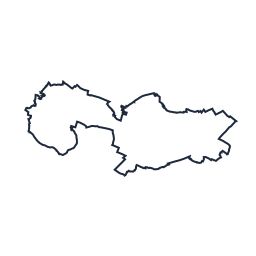 Salatig, Salaj, Romania (Natural Earth projection), rotated 199°
{"feature_id": "2599482B1311445959804", "entity_name": "Salatig", "entity_type": "district", "adm_level": 2, "iso_a3": "ROU", "parent_name": "Romania", "parent_adm1": "Salaj", "projection": "natural_earth1", "projection_center": [23.157, 47.358], "detail": "fine", "context": "isolated", "style": "outline", "palette": "slate", "viewbox_px": 256, "rotation_deg": 199, "n_neighbors": 0, "source": "geoboundaries", "source_scale": "gbopen_adm2", "svg_char_len": 5890}
<svg xmlns="http://www.w3.org/2000/svg" viewBox="0 0 256 256"><g transform="rotate(199 128 128)"><path d="M37.9,171.8L43.9,175.1L45.5,173.2L49.5,169.2L50.6,170.3L50.8,170.3L50.9,170.6L51.2,170.9L52.6,171.8L53.9,173.0L54.5,173.7L57.5,171.1L60.1,168.4L62.3,170.0L63.5,166.5L64.9,167.6L65.3,167.0L66.2,166.2L66.5,166.7L67.3,167.0L68.3,166.3L69.3,165.3L70.9,164.9L75.2,164.7L76.4,164.9L76.9,165.2L78.5,164.8L78.9,164.9L79.0,164.4L78.7,164.0L77.8,162.3L79.2,162.1L79.8,161.6L80.5,161.4L80.5,160.7L84.1,159.8L85.8,158.8L86.7,158.6L86.8,158.4L87.4,158.1L88.6,158.2L89.4,157.8L91.6,157.6L93.7,157.1L96.8,157.2L97.7,157.5L97.8,157.9L99.2,158.7L100.0,158.5L101.4,159.3L102.4,160.1L102.4,160.3L102.0,160.6L101.2,160.7L101.4,160.9L103.0,161.9L103.4,161.9L103.4,162.2L104.1,162.5L106.7,163.1L108.0,167.5L108.3,167.8L109.9,168.2L111.7,169.3L112.2,167.4L112.7,167.3L112.8,167.7L113.4,167.5L114.2,168.4L113.7,168.6L113.9,169.3L114.8,169.4L122.7,164.4L124.2,163.3L125.5,162.1L129.3,157.3L129.8,156.8L131.1,154.7L130.8,154.4L131.4,154.3L132.8,152.2L133.8,151.2L135.3,149.0L135.5,148.3L136.7,148.3L136.7,147.8L136.8,147.7L137.0,146.7L136.9,146.3L137.6,146.1L139.1,146.8L140.2,146.7L141.0,146.9L141.5,146.4L141.4,146.1L140.9,145.6L140.6,145.6L140.2,145.9L140.3,146.3L138.9,145.4L139.1,145.2L139.6,145.1L139.6,144.6L138.7,144.8L138.6,144.6L138.6,144.3L139.6,144.2L139.6,143.0L139.0,143.0L138.9,143.9L138.7,144.1L138.9,142.8L138.4,142.8L137.9,143.0L137.9,143.4L137.2,142.2L137.9,142.0L138.0,141.2L136.6,141.5L136.2,142.0L134.3,142.1L134.2,140.0L136.9,139.8L137.3,139.3L137.6,139.3L137.6,138.1L137.7,137.2L137.4,135.0L137.3,132.5L140.3,132.8L140.9,132.7L141.5,132.8L144.1,134.2L144.1,134.9L144.3,135.0L144.2,135.4L145.0,135.4L145.9,134.9L146.1,135.3L145.9,135.4L146.3,136.1L145.6,137.0L146.1,137.9L147.0,138.9L147.2,139.0L147.6,138.9L148.7,139.6L148.6,139.9L148.8,140.1L150.3,140.7L151.1,141.2L152.5,141.7L154.9,143.4L155.3,144.1L155.6,144.1L155.2,145.5L154.2,146.8L165.2,147.5L173.9,147.0L174.2,146.5L177.0,146.4L177.6,148.4L177.7,150.1L182.2,149.8L186.1,150.2L188.8,151.6L190.2,152.1L191.1,149.9L192.1,150.1L193.4,147.3L194.2,147.3L199.7,149.2L201.5,149.6L203.3,149.5L203.3,150.3L204.4,150.7L203.9,147.8L205.0,147.5L205.3,147.2L205.3,146.9L205.5,146.8L207.1,146.7L207.6,146.4L208.2,146.4L209.9,145.3L211.4,145.3L212.7,144.6L214.7,142.9L215.8,143.5L216.5,144.5L217.8,145.2L218.2,143.3L218.2,143.0L218.1,142.8L218.2,142.2L218.4,141.8L218.9,141.7L219.3,140.6L219.0,140.3L219.6,139.4L219.8,138.5L220.4,137.6L220.7,136.4L221.1,135.5L221.2,135.0L221.5,134.8L221.3,134.2L221.5,133.5L221.9,133.2L222.3,133.2L222.1,132.9L222.0,132.5L220.6,132.4L219.2,132.7L219.1,132.3L218.4,132.3L218.3,131.8L217.3,131.8L217.3,131.5L217.5,131.1L218.5,131.0L218.7,130.6L219.0,130.5L218.6,130.4L218.8,130.0L219.6,129.2L219.9,128.4L219.9,127.8L219.6,127.4L220.4,126.8L220.8,126.7L221.5,126.9L221.0,127.4L221.2,127.9L221.8,128.1L221.5,128.1L221.8,128.5L223.2,128.9L223.4,129.4L224.1,129.5L225.7,129.2L226.1,129.2L225.0,125.2L225.2,123.8L225.5,123.3L225.2,122.8L224.5,122.6L224.2,121.2L223.3,121.0L222.9,120.2L222.8,119.2L223.1,119.3L223.6,118.5L224.7,118.8L225.0,118.3L226.5,117.0L226.5,116.3L226.7,115.7L227.9,114.6L229.2,114.0L229.8,114.3L230.6,113.8L230.9,111.6L227.4,110.6L227.2,109.2L226.9,107.9L225.1,107.8L223.7,108.0L223.5,107.6L223.6,107.0L223.4,106.2L223.6,105.6L224.1,105.3L224.1,104.6L224.2,104.3L225.0,104.0L222.4,100.5L222.8,100.1L222.7,99.2L222.6,98.8L222.1,98.2L221.9,97.4L221.9,96.8L221.4,95.8L220.9,92.4L220.3,92.4L220.2,92.6L219.6,92.4L219.5,92.0L219.2,92.2L218.6,92.0L217.2,91.4L216.4,91.2L215.0,90.3L214.2,89.4L210.3,86.8L208.6,85.8L207.6,85.5L206.7,85.0L204.8,84.7L203.7,84.3L201.7,84.5L199.8,84.4L197.9,84.0L195.3,84.3L193.6,85.1L191.9,85.2L188.3,83.7L188.3,83.3L186.7,82.7L185.9,81.9L185.3,81.8L184.6,80.9L184.2,80.9L183.7,81.3L180.7,81.3L178.2,84.1L177.8,85.0L177.7,86.4L177.5,86.9L177.4,87.6L175.8,88.7L172.7,91.7L171.4,96.6L171.5,97.6L171.8,98.4L172.8,100.8L173.4,101.7L174.5,104.3L176.5,105.8L177.3,106.7L177.7,107.3L179.4,108.0L180.7,107.5L181.5,108.5L181.4,109.2L181.1,109.2L181.1,109.7L180.7,109.7L180.7,110.0L182.3,110.0L182.4,111.4L178.0,111.5L178.1,115.4L178.1,116.6L178.2,117.4L175.6,117.5L170.4,116.8L168.2,116.0L167.9,115.7L167.6,114.9L165.2,116.4L163.0,118.1L160.6,118.8L159.2,119.0L157.4,119.8L155.9,119.3L154.6,119.7L146.3,120.8L141.8,120.9L141.6,120.8L141.5,120.0L140.8,118.4L139.4,116.5L137.6,112.8L137.5,110.4L137.1,108.0L137.4,106.8L130.2,106.3L130.4,101.7L124.7,101.4L121.3,100.9L122.9,98.2L120.6,97.4L127.0,84.2L121.3,82.6L120.1,82.5L117.0,82.7L115.7,81.9L114.9,83.0L114.9,83.6L114.7,86.1L114.2,86.1L114.1,86.5L113.4,87.8L111.9,87.5L110.2,88.2L108.9,88.5L108.5,89.1L108.2,90.2L107.7,90.3L107.8,90.8L107.4,91.4L107.3,92.0L107.8,94.2L107.8,95.8L105.4,95.7L103.2,95.3L101.3,95.4L100.8,95.1L100.3,95.1L99.4,95.5L98.3,95.6L98.5,96.2L98.8,96.4L98.7,96.7L98.5,96.8L97.8,96.5L97.1,97.1L95.6,96.9L95.1,97.0L94.7,97.4L93.4,97.7L90.8,97.7L89.8,97.5L88.6,97.8L88.1,98.2L86.2,99.0L85.6,99.6L85.6,99.9L84.9,100.4L84.8,100.8L83.7,101.6L83.3,102.0L82.2,102.6L81.5,102.5L79.2,105.5L77.4,106.8L78.6,107.5L72.2,112.0L69.0,114.1L65.5,116.8L60.4,121.3L60.3,119.2L59.3,118.8L59.0,119.2L58.3,119.2L58.1,118.8L57.9,118.9L56.8,118.1L54.2,117.8L52.0,118.1L51.7,117.7L49.9,118.2L49.0,118.2L47.6,119.1L47.2,120.9L46.2,120.9L46.1,123.4L46.9,125.2L45.0,125.9L44.2,125.7L42.1,125.6L39.0,124.7L38.8,125.7L38.5,125.8L36.5,125.6L34.1,125.6L32.5,128.4L30.5,130.5L31.3,131.2L31.8,132.0L32.3,132.1L32.7,132.5L32.6,134.9L32.3,135.2L31.5,135.3L31.7,136.1L31.2,136.6L31.3,136.8L31.1,137.2L26.7,135.9L25.9,135.6L25.8,135.4L25.2,135.7L25.2,138.4L25.1,139.3L25.2,139.9L25.5,140.4L25.4,142.3L25.6,143.7L26.1,144.5L28.2,145.5L32.3,146.3L33.6,146.7L38.6,147.2L37.9,149.4L35.8,154.1L35.1,155.3L34.2,157.2L32.6,161.5L31.3,163.0L28.7,168.9L27.9,169.7L35.2,172.3L35.7,171.3L37.9,171.8Z" fill="none" stroke="#1e293b" stroke-width="2"/></g></svg>